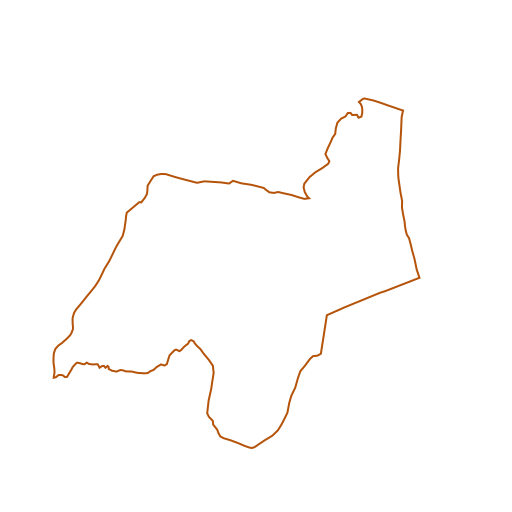 outline of Praek Pnov, Kândal, Cambodia, rotated 18°
{"feature_id": "14789045B33152667021058", "entity_name": "Praek Pnov", "entity_type": "district", "adm_level": 2, "iso_a3": "KHM", "parent_name": "Cambodia", "parent_adm1": "Kândal", "projection": "robinson", "projection_center": [104.788, 11.648], "detail": "fine", "context": "isolated", "style": "outline", "palette": "amber", "viewbox_px": 512, "rotation_deg": 18, "n_neighbors": 0, "source": "geoboundaries", "source_scale": "gbopen_adm2", "svg_char_len": 3107}
<svg xmlns="http://www.w3.org/2000/svg" viewBox="0 0 512 512"><g transform="rotate(18 256 256)"><path d="M386.8,177.6L382.8,170.5L379.8,164.7L378.0,158.6L373.6,150.6L367.7,138.6L366.1,134.7L364.0,128.6L362.5,120.9L360.5,111.7L357.6,101.0L354.8,90.3L351.6,79.0L350.9,72.2L346.7,72.2L342.3,72.1L334.5,72.0L327.4,71.8L319.6,71.8L314.2,72.3L310.3,72.7L309.1,73.6L306.3,77.7L308.7,79.1L310.5,81.2L311.8,83.8L312.8,86.9L313.2,90.8L310.8,92.8L308.4,90.5L303.9,92.2L301.7,90.7L299.2,91.6L297.9,95.7L294.5,99.1L292.2,104.1L292.5,110.1L293.6,115.4L292.2,119.9L291.9,124.0L291.1,129.9L290.8,133.0L290.5,137.6L293.8,141.0L296.5,143.2L296.2,145.9L292.1,151.6L286.6,158.0L282.6,164.3L279.6,172.3L280.1,176.1L282.6,180.1L286.5,183.7L288.6,184.7L284.4,186.7L278.5,187.0L271.0,187.0L263.1,187.8L257.3,188.3L253.5,190.5L249.0,191.3L245.1,190.0L242.4,188.9L237.0,189.2L229.9,189.7L224.9,190.5L219.7,191.4L210.9,191.6L208.0,195.4L200.1,196.8L183.9,200.9L177.3,204.6L166.3,205.3L154.4,205.9L144.9,206.0L140.8,207.2L137.2,209.0L134.0,211.7L132.7,216.5L131.2,222.7L131.7,224.5L132.6,227.9L133.1,231.0L132.3,235.0L130.3,240.5L128.4,240.8L119.7,254.7L120.2,258.6L121.0,262.0L121.8,266.8L122.6,271.3L123.0,278.2L120.7,288.0L119.9,292.3L118.2,304.9L117.7,307.3L115.8,315.1L115.1,320.9L114.2,327.2L113.0,332.0L112.1,335.0L110.0,340.6L107.7,346.3L104.2,355.7L101.5,362.3L100.6,366.0L100.6,368.8L100.8,371.9L102.7,377.5L103.6,379.3L104.5,382.1L104.3,386.3L103.7,388.8L102.6,391.1L101.1,394.1L100.3,395.3L98.5,398.5L95.8,402.1L93.9,406.3L93.8,410.6L94.2,412.7L95.0,415.7L95.8,418.3L96.8,421.0L98.0,423.3L99.4,426.4L100.4,429.2L101.2,434.3L103.0,433.3L105.1,430.1L108.3,429.2L109.9,429.4L111.6,430.2L113.7,429.3L114.4,426.0L115.5,421.2L116.0,418.2L117.9,414.0L118.9,412.7L121.4,412.4L124.3,412.4L126.3,412.0L128.0,409.7L130.5,410.3L133.8,409.7L136.8,408.6L138.9,407.9L140.8,409.6L141.7,410.6L143.6,408.3L145.2,407.5L147.4,408.8L148.8,406.4L150.1,407.1L150.9,409.0L152.5,409.2L154.1,409.6L155.5,409.5L157.5,409.2L159.0,409.1L160.7,407.6L162.2,406.4L163.9,406.0L166.4,405.8L167.7,406.0L171.1,405.0L174.0,404.2L177.3,404.0L180.4,403.6L183.2,402.8L185.8,402.2L189.2,400.8L191.3,398.0L193.8,396.0L195.7,392.5L197.5,390.4L199.1,388.5L202.9,388.4L204.6,386.4L204.5,380.3L204.5,377.2L206.2,373.6L207.9,370.4L209.3,369.7L212.6,370.2L213.8,368.6L215.7,364.5L216.9,362.6L218.5,360.4L218.9,357.4L220.5,356.0L223.1,356.4L224.8,358.0L227.6,359.7L232.0,361.8L236.3,365.0L243.3,369.4L248.9,373.7L251.9,380.4L253.3,389.5L254.5,396.3L255.6,408.0L258.2,420.7L260.9,423.5L265.8,426.1L267.4,429.6L272.8,433.2L275.2,436.2L277.7,438.6L281.8,439.3L288.8,439.1L297.2,439.5L303.8,440.1L308.9,440.2L311.4,439.9L313.5,438.4L314.6,437.1L317.9,432.8L321.3,428.5L327.1,421.8L330.7,415.0L332.2,408.9L333.2,403.1L334.3,395.3L333.0,385.2L332.8,377.9L334.0,369.1L333.6,358.9L333.8,351.7L336.4,345.4L339.1,337.3L341.2,333.6L345.2,331.8L347.9,328.9L341.7,290.4L356.4,277.2L385.5,252.5L389.1,250.0L418.2,226.2L413.0,219.2L407.7,209.9L402.4,201.9L399.7,197.4L396.0,191.7L392.9,189.2L390.5,185.4L388.3,181.2L386.8,177.6Z" fill="none" stroke="#b45309" stroke-width="2"/></g></svg>